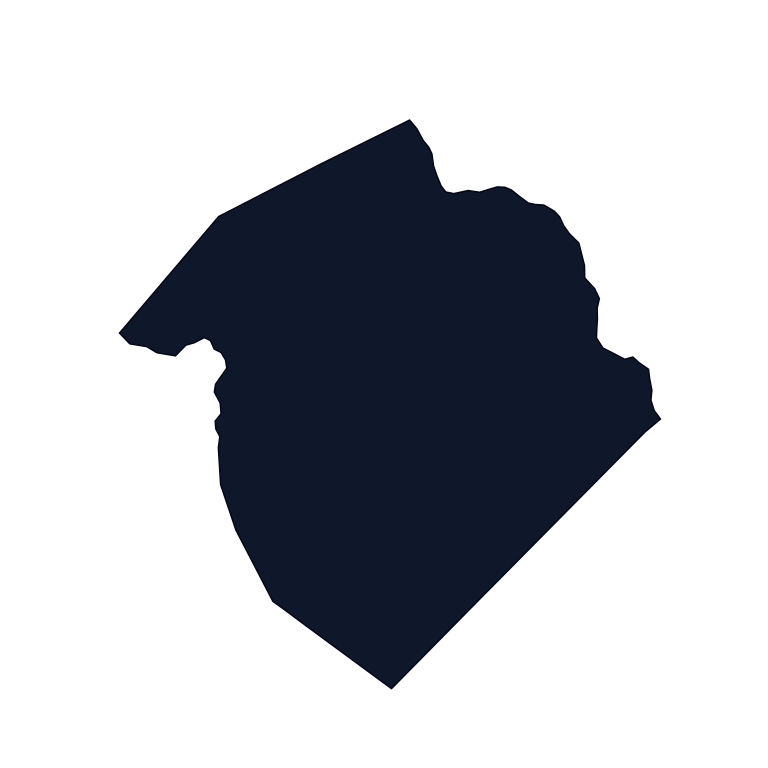 Ipanguaçu, Rio Grande do Norte, Brazil (Mercator projection), rotated 127°
{"feature_id": "56859067B33594898664345", "entity_name": "Ipanguaçu", "entity_type": "district", "adm_level": 2, "iso_a3": "BRA", "parent_name": "Brazil", "parent_adm1": "Rio Grande do Norte", "projection": "mercator", "projection_center": [-36.832, -5.544], "detail": "fine", "context": "isolated", "style": "filled", "palette": "ink", "viewbox_px": 768, "rotation_deg": 127, "n_neighbors": 0, "source": "geoboundaries", "source_scale": "gbopen_adm2", "svg_char_len": 1083}
<svg xmlns="http://www.w3.org/2000/svg" viewBox="0 0 768 768"><g transform="rotate(127 384 384)"><path d="M157.8,522.4L245.5,566.5L349.7,616.8L502.5,625.9L504.9,611.2L496.9,595.9L495.7,584.2L487.0,567.5L472.2,565.6L465.3,560.4L455.0,555.4L453.8,548.6L458.3,540.6L456.9,533.1L460.2,525.0L465.9,519.1L485.5,518.4L492.6,514.6L497.7,503.5L505.8,496.2L515.2,496.5L521.1,491.3L524.8,483.5L534.5,478.0L562.7,453.9L589.7,414.5L624.5,341.8L624.2,330.7L624.0,298.6L622.8,194.7L492.1,177.3L484.8,176.3L265.4,146.7L245.6,142.1L242.6,152.2L236.3,161.1L227.8,166.3L220.1,174.8L213.0,181.7L213.5,192.8L212.7,201.5L219.3,206.5L223.5,230.9L219.3,242.1L210.9,247.9L203.9,252.5L195.1,259.4L186.2,263.4L181.1,273.1L178.5,287.5L168.6,295.3L154.2,313.2L152.4,326.4L149.5,335.6L144.9,344.1L143.5,351.9L144.9,364.0L149.8,371.5L152.7,377.9L152.7,387.4L152.4,399.2L154.2,406.0L158.5,412.2L165.3,417.3L173.3,423.0L178.9,433.3L189.9,442.8L193.5,450.2L191.4,457.7L185.5,467.6L180.0,475.7L171.4,484.2L168.1,490.5L166.0,499.0L160.4,511.3L157.8,522.4Z" fill="#0f172a" stroke="#020617" stroke-width="1.5"/></g></svg>